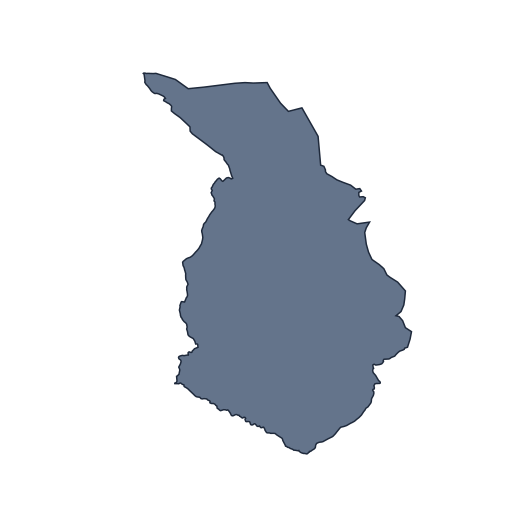 the district of Breznita-Ocol, Mehedinti, Romania, rotated 203°
{"feature_id": "2599482B17727183670261", "entity_name": "Breznita-Ocol", "entity_type": "district", "adm_level": 2, "iso_a3": "ROU", "parent_name": "Romania", "parent_adm1": "Mehedinti", "projection": "orthographic", "projection_center": [22.598, 44.702], "detail": "fine", "context": "isolated", "style": "filled", "palette": "slate", "viewbox_px": 512, "rotation_deg": 203, "n_neighbors": 0, "source": "geoboundaries", "source_scale": "gbopen_adm2", "svg_char_len": 6048}
<svg xmlns="http://www.w3.org/2000/svg" viewBox="0 0 512 512"><g transform="rotate(203 256 256)"><path d="M80.9,231.2L81.7,239.7L83.3,247.1L90.5,248.4L95.8,253.8L100.7,256.2L103.8,255.7L100.8,261.5L100.8,268.7L102.3,274.4L104.8,282.2L115.4,287.3L124.5,288.8L128.1,289.7L133.4,294.3L139.1,296.2L147.9,298.1L153.9,303.5L159.1,310.0L165.1,320.1L165.5,325.1L164.7,331.6L175.5,325.1L183.1,325.2L185.2,325.6L182.5,336.5L177.7,349.5L178.1,352.3L180.5,352.5L183.7,350.8L185.0,351.9L186.2,354.7L184.3,357.0L186.8,358.6L190.2,356.5L196.6,358.2L204.6,357.8L211.3,357.7L217.1,358.8L223.0,359.4L225.0,360.8L225.8,362.5L228.6,365.1L232.0,364.9L245.6,390.4L271.6,410.3L282.7,401.8L293.2,406.3L308.4,415.9L313.5,420.0L325.9,414.2L333.9,411.3L343.0,406.7L369.9,391.1L383.8,383.5L399.2,387.0L419.5,385.0L421.8,383.8L426.8,381.9L428.4,381.1L429.7,381.0L430.6,380.6L431.0,380.3L431.1,380.0L430.1,379.7L426.8,374.2L426.2,372.4L424.1,370.9L422.4,370.3L419.6,368.8L417.2,367.2L415.8,366.6L413.1,366.0L412.4,366.1L411.0,366.9L409.0,367.2L404.3,367.0L402.7,366.7L401.0,365.7L401.7,364.8L402.0,364.2L401.7,362.9L399.5,362.7L397.3,362.3L395.7,362.3L393.5,361.6L392.4,361.0L392.0,360.5L391.5,358.7L390.6,356.5L386.8,355.3L380.0,353.8L367.8,349.3L367.2,349.0L365.4,345.2L362.3,343.6L344.3,339.2L334.0,336.3L326.8,335.5L326.6,335.6L326.4,335.8L324.8,334.8L323.9,334.0L323.0,332.2L322.2,331.7L320.6,330.9L318.1,329.3L317.0,328.9L314.1,325.8L313.5,324.8L309.8,320.4L307.8,318.5L308.3,317.8L308.9,317.3L309.2,317.3L310.0,317.5L311.9,317.5L312.9,316.9L313.4,316.4L313.7,316.3L315.4,312.3L315.7,311.8L315.9,311.7L317.1,312.0L319.1,313.1L320.4,313.3L320.9,312.6L321.6,311.4L322.0,309.7L322.5,308.6L322.7,306.9L323.1,305.8L323.3,305.1L323.3,302.5L323.7,301.0L323.1,300.0L321.9,299.3L322.0,296.6L321.4,296.2L320.3,294.8L319.5,294.5L316.7,292.5L316.6,292.3L316.4,291.3L316.2,290.4L316.0,290.2L315.1,289.8L314.7,289.4L314.5,288.9L314.1,287.8L313.2,286.4L312.9,285.5L312.7,284.2L312.9,282.8L313.5,280.5L313.9,279.5L314.7,275.9L314.9,273.7L315.3,271.6L315.5,268.0L315.8,266.9L316.2,266.3L316.5,265.1L316.6,264.6L316.1,262.4L316.1,259.7L315.9,258.1L315.1,256.7L314.2,255.6L312.2,252.3L311.6,250.0L310.9,245.6L311.2,244.3L311.5,241.0L312.0,239.1L312.7,237.0L313.2,235.9L313.4,235.1L314.3,232.4L314.8,231.2L316.0,229.2L317.7,227.7L319.0,226.3L320.9,222.6L321.1,221.6L319.4,218.7L317.6,217.2L316.2,215.2L315.7,214.7L313.8,212.3L313.2,210.6L312.6,209.5L312.6,209.2L312.3,208.8L311.9,208.0L311.6,207.3L311.0,206.6L309.3,205.4L308.2,204.2L307.5,203.4L307.7,200.8L307.4,199.7L306.9,198.8L306.6,197.8L305.9,196.9L304.2,194.2L303.5,192.6L303.6,190.9L303.9,190.1L303.8,189.5L303.8,186.6L303.7,185.9L303.8,185.7L305.9,185.2L306.7,184.9L306.9,184.4L306.7,180.7L306.0,179.5L305.6,177.3L305.4,176.3L303.0,173.1L302.4,171.9L301.0,170.3L299.6,169.6L299.1,168.9L298.4,168.5L296.5,167.5L294.6,167.0L293.1,166.1L292.5,165.0L292.0,164.4L291.5,163.2L291.3,161.7L289.5,159.6L287.8,156.9L286.5,156.2L285.4,155.9L283.7,155.7L281.5,155.5L278.9,153.6L277.8,152.2L277.1,151.4L275.9,152.0L275.2,151.9L273.7,149.3L276.4,146.6L276.8,145.3L277.5,143.6L277.5,143.1L277.4,142.7L277.6,142.2L277.8,142.0L278.3,141.8L280.1,141.6L280.5,141.1L280.7,140.2L279.6,138.6L279.6,138.3L280.5,138.0L283.4,136.1L284.6,135.9L285.3,135.5L286.9,134.2L287.5,133.5L287.7,132.9L287.7,132.6L287.6,132.2L287.0,131.5L286.2,131.0L284.9,130.9L284.3,130.4L283.7,129.5L283.4,127.0L283.7,123.9L283.6,123.4L282.5,122.4L281.6,121.3L280.7,117.0L281.6,114.9L282.1,114.2L280.0,110.3L279.8,109.4L280.1,108.2L281.1,107.2L280.9,106.8L278.7,107.7L277.2,108.2L276.1,109.5L275.5,109.6L273.8,109.1L272.0,109.2L271.8,109.0L271.6,108.4L271.2,107.9L270.8,107.7L268.5,107.5L266.4,107.0L264.8,106.3L258.6,104.0L258.2,103.7L256.2,103.2L255.1,103.3L252.6,104.0L250.8,103.2L249.5,103.5L248.2,104.4L245.5,105.2L244.3,104.6L242.1,104.6L241.4,104.1L241.3,103.4L241.1,102.9L239.6,102.8L238.6,103.1L237.6,103.6L235.8,103.5L234.6,102.8L233.4,102.6L232.4,100.9L232.0,100.6L230.9,100.5L229.0,99.8L228.1,99.8L225.7,101.9L224.8,102.2L224.4,102.4L222.6,102.6L221.9,103.3L221.4,103.2L220.1,102.5L218.4,101.4L216.3,99.6L215.2,99.7L214.4,100.2L213.0,101.9L211.8,102.5L210.2,102.4L209.6,102.7L209.3,102.8L208.5,102.1L208.1,102.2L205.4,101.5L204.9,101.7L204.5,102.4L204.0,102.9L203.0,103.1L202.1,102.6L202.3,101.8L202.2,101.2L200.9,99.8L200.3,99.7L198.0,100.8L197.1,100.9L196.9,100.8L195.3,99.0L194.7,98.7L193.9,98.8L193.2,99.2L192.9,99.5L192.1,100.8L191.8,101.0L190.9,101.0L189.8,100.5L189.0,99.9L187.9,99.8L187.2,100.1L186.3,100.9L185.1,100.1L184.3,99.9L183.5,100.3L182.5,101.3L181.9,101.3L180.1,99.9L179.7,99.2L177.8,97.9L177.2,97.6L176.6,97.6L174.2,98.5L173.5,98.4L172.9,98.6L170.4,99.7L168.9,100.1L167.3,99.5L162.1,98.6L161.3,98.5L160.6,98.2L160.0,97.7L159.2,96.6L155.3,93.4L154.5,92.5L153.6,92.7L152.8,92.4L151.8,92.3L150.7,92.6L149.2,92.2L146.7,92.4L145.3,92.0L144.5,92.4L141.4,93.1L140.6,93.7L140.2,93.2L139.8,93.1L138.4,92.7L137.3,92.6L135.2,92.8L134.2,93.2L131.8,93.7L131.2,94.6L130.7,95.9L130.2,96.4L130.4,97.0L129.3,97.7L128.2,99.6L127.2,100.8L126.5,102.7L127.2,105.4L127.0,107.0L126.8,107.4L125.3,109.0L124.5,109.6L123.3,110.2L121.9,111.2L118.3,115.8L115.1,119.5L114.6,120.4L113.4,123.6L113.0,125.3L111.5,130.5L111.0,131.6L108.5,133.4L106.3,135.4L103.6,139.0L102.5,140.2L101.0,142.1L100.5,142.9L99.6,144.8L98.1,147.5L96.8,150.8L96.1,154.7L95.4,157.2L95.5,157.6L95.3,158.8L95.1,159.2L94.0,160.8L92.9,165.4L92.9,166.4L93.0,167.1L93.8,169.5L93.8,170.7L93.5,173.4L93.6,174.3L93.9,175.8L94.6,177.1L95.6,177.6L96.2,178.2L96.2,178.9L95.2,179.9L95.7,181.3L96.8,182.7L96.6,184.8L95.5,185.6L92.6,186.9L92.1,187.3L92.1,187.8L92.3,188.3L93.1,188.9L94.1,189.1L95.0,189.6L99.2,192.8L101.1,193.7L102.5,194.4L103.5,195.6L103.8,196.1L104.2,197.7L103.8,198.4L103.9,198.7L104.5,199.1L105.8,201.1L105.8,201.5L105.0,202.5L103.1,202.4L99.8,204.4L98.2,205.8L97.7,207.1L97.4,208.7L98.0,209.2L98.1,209.8L97.8,211.0L93.5,213.1L92.8,213.8L91.8,215.5L89.2,218.0L88.6,220.1L87.5,222.8L86.6,224.5L84.0,226.9L83.1,228.0L83.2,229.2L80.9,231.2Z" fill="#64748b" stroke="#1e293b" stroke-width="1.5"/></g></svg>